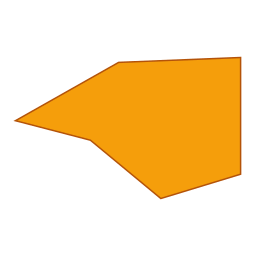 the Highly Urbanized City of Angeles
{"feature_id": "PHL-5538", "entity_name": "Angeles", "entity_type": "Highly Urbanized City", "adm_level": 1, "iso_a3": "PHL", "parent_name": "Philippines", "parent_adm1": "", "projection": "orthographic", "projection_center": [120.591, 15.141], "detail": "fine", "context": "isolated", "style": "filled", "palette": "amber", "viewbox_px": 256, "rotation_deg": 0, "n_neighbors": 0, "source": "natural_earth", "source_scale": "10m", "svg_char_len": 211}
<svg xmlns="http://www.w3.org/2000/svg" viewBox="0 0 256 256"><path d="M240.6,57.5L240.6,174.2L160.8,198.5L90.4,140.2L15.4,120.7L118.6,62.4L240.6,57.5Z" fill="#f59e0b" stroke="#b45309" stroke-width="1.5"/></svg>